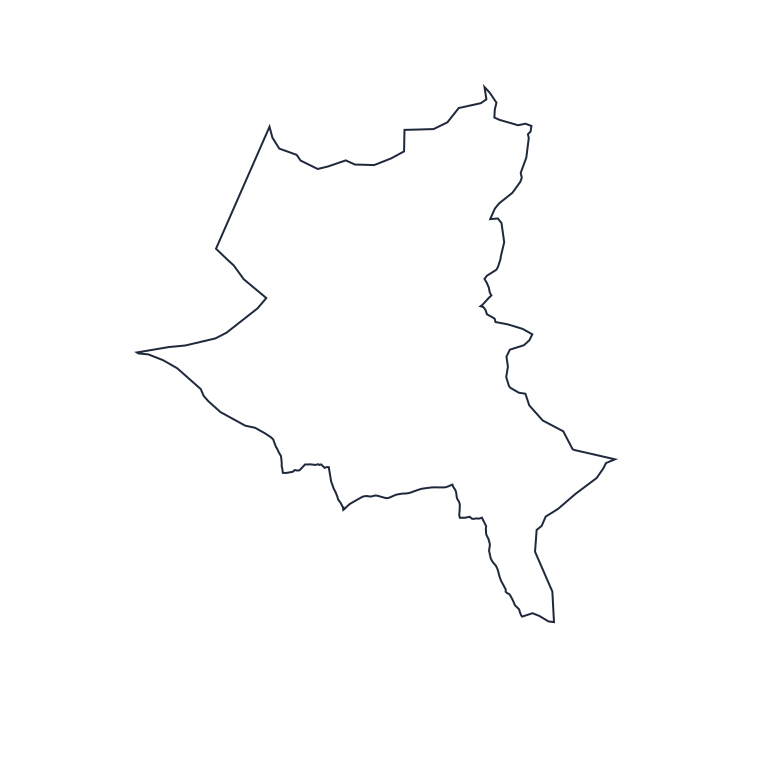 the district of Okpokwu, Benue, Nigeria, rotated 161°
{"feature_id": "59680162B94450341733030", "entity_name": "Okpokwu", "entity_type": "district", "adm_level": 2, "iso_a3": "NGA", "parent_name": "Nigeria", "parent_adm1": "Benue", "projection": "orthographic", "projection_center": [7.847, 7.064], "detail": "fine", "context": "isolated", "style": "outline", "palette": "slate", "viewbox_px": 768, "rotation_deg": 161, "n_neighbors": 0, "source": "geoboundaries", "source_scale": "gbopen_adm2", "svg_char_len": 3442}
<svg xmlns="http://www.w3.org/2000/svg" viewBox="0 0 768 768"><g transform="rotate(161 384 384)"><path d="M408.5,664.5L498.8,566.6L491.4,552.2L487.5,545.1L482.5,528.7L467.3,503.6L478.9,496.7L516.1,483.8L528.5,482.0L559.3,485.1L575.5,489.0L600.4,493.1L607.4,494.3L606.3,492.9L597.3,488.8L585.2,478.5L574.4,466.2L558.9,438.8L558.4,431.5L555.7,424.9L547.8,410.7L528.8,389.8L520.2,384.6L512.5,376.0L508.3,370.5L506.8,367.7L506.8,365.4L506.6,359.3L506.2,358.1L505.9,356.0L505.8,353.8L504.9,349.7L505.2,347.7L506.5,342.3L507.5,339.7L507.8,336.6L508.6,333.0L505.4,331.7L498.8,330.7L496.5,331.7L494.4,330.5L491.9,329.9L488.3,331.8L484.9,333.6L481.5,332.5L479.5,331.9L477.7,331.0L475.1,329.8L472.2,329.5L471.4,328.5L469.5,328.4L468.8,326.8L467.4,324.0L465.1,324.1L463.2,323.2L463.6,321.6L465.7,309.1L465.6,301.4L465.0,297.5L464.8,292.4L465.0,290.0L463.8,285.9L463.4,283.7L463.2,282.2L463.1,280.9L462.6,280.6L463.1,279.9L463.4,279.2L463.4,278.8L463.5,278.2L461.9,278.8L457.2,281.0L455.1,281.8L451.3,282.5L446.6,283.4L442.2,284.2L439.8,284.4L436.7,283.7L434.2,282.3L432.4,281.7L430.9,281.7L428.6,281.4L426.6,280.5L422.6,277.7L419.2,275.4L417.9,275.0L416.1,274.8L408.8,275.4L405.8,275.0L402.5,274.4L397.9,273.1L394.9,272.7L386.9,272.8L382.6,272.7L379.0,272.0L373.0,270.8L370.6,270.1L363.3,267.5L360.8,266.7L359.2,266.3L356.6,266.3L352.1,266.6L352.0,264.1L351.3,261.5L351.0,259.2L351.3,256.8L352.1,253.2L352.1,251.2L351.4,248.3L351.5,245.7L352.5,242.8L353.9,239.2L355.4,236.1L355.7,234.3L355.8,232.8L350.7,231.1L346.3,230.6L344.6,227.9L342.7,227.2L340.3,226.8L338.1,225.8L334.9,225.7L334.8,224.4L334.5,222.4L334.1,219.3L333.8,217.0L333.7,216.2L334.8,214.2L335.2,212.5L336.1,209.6L336.3,207.7L335.8,204.4L335.7,202.7L335.8,200.6L336.2,197.6L337.2,195.5L338.8,192.6L339.0,191.7L339.3,189.2L339.9,184.1L339.2,180.4L337.3,175.5L337.2,174.2L337.0,172.9L337.0,170.3L337.1,168.8L337.3,166.7L337.5,163.3L337.4,160.4L337.3,159.3L337.0,157.5L336.2,152.5L335.8,150.0L336.1,149.3L336.4,148.5L336.6,148.0L335.8,146.4L335.2,145.7L334.1,144.7L333.8,144.1L333.3,142.2L332.9,139.4L332.5,136.6L332.3,132.6L332.0,131.6L330.6,129.0L329.6,126.8L329.7,125.8L329.8,123.8L329.7,121.1L329.2,119.1L318.2,118.9L312.7,114.2L305.8,106.0L300.8,103.5L294.4,125.9L292.4,132.9L295.8,176.3L291.9,185.3L287.2,196.3L281.0,198.6L274.3,206.0L260.2,209.2L238.6,217.8L213.5,225.9L204.1,232.8L199.8,237.0L190.1,237.6L225.3,259.5L226.9,260.9L229.9,280.9L245.8,297.8L253.6,316.4L253.5,328.8L259.3,331.8L265.8,339.3L266.5,341.5L266.2,350.8L261.2,360.0L259.3,370.0L253.8,375.5L239.1,375.1L232.2,378.1L227.6,382.7L235.0,391.0L247.7,400.2L258.4,406.3L258.1,409.7L259.8,411.8L264.0,416.4L263.9,421.0L265.0,424.4L267.4,426.1L265.2,426.8L260.7,429.2L257.3,431.1L253.6,432.8L254.2,436.1L253.5,441.0L253.9,446.3L254.8,450.6L251.5,452.9L240.7,455.4L238.3,457.4L236.0,460.4L233.7,463.4L231.5,467.4L224.2,478.9L220.5,498.0L222.5,503.5L227.5,504.7L229.9,505.3L222.1,513.7L216.4,517.3L200.3,523.0L189.3,530.8L186.6,534.1L186.0,539.1L175.7,551.8L167.0,569.5L166.6,573.3L163.2,575.0L160.6,580.0L165.6,584.1L173.0,585.0L179.2,589.4L188.6,596.0L192.9,600.0L190.0,607.2L186.1,613.4L189.2,625.0L192.3,632.1L194.5,619.8L201.0,618.0L223.5,620.6L238.8,610.8L247.6,609.7L254.1,608.9L270.2,613.9L281.9,617.6L289.3,597.4L303.8,595.0L322.0,594.2L340.1,601.0L347.4,607.9L366.2,607.9L376.7,608.9L390.1,622.4L392.0,629.1L399.8,635.4L406.4,640.7L409.3,653.2L408.5,664.5Z" fill="none" stroke="#1e293b" stroke-width="2"/></g></svg>